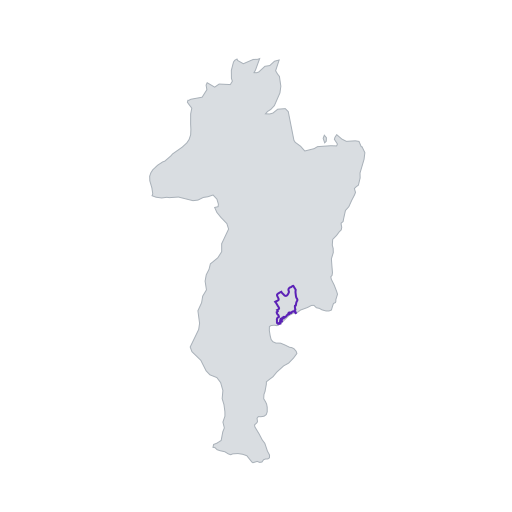 Kim Jong Suk, Ryanggang, North Korea (highlighted), rotated 142°
{"feature_id": "82179303B38572973441712", "entity_name": "Kim Jong Suk", "entity_type": "district", "adm_level": 2, "iso_a3": "PRK", "parent_name": "North Korea", "parent_adm1": "Ryanggang", "projection": "orthographic", "projection_center": [127.758, 41.268], "detail": "fine", "context": "in_parent", "style": "outline", "palette": "violet", "viewbox_px": 512, "rotation_deg": 142, "n_neighbors": 0, "source": "geoboundaries", "source_scale": "gbopen_adm2", "svg_char_len": 6506}
<svg xmlns="http://www.w3.org/2000/svg" viewBox="0 0 512 512"><g transform="rotate(142 256 256)"><path d="M300.8,367.5L299.1,368.5L296.1,373.8L293.4,380.6L290.7,384.3L287.6,386.3L284.2,387.5L277.6,388.1L271.6,387.6L269.6,386.9L261.3,387.3L259.0,387.8L247.1,387.2L240.9,387.7L237.0,389.0L232.9,391.7L229.4,395.8L226.3,400.2L220.0,408.2L215.6,412.0L215.5,417.7L215.4,419.4L213.8,420.6L213.3,420.1L210.8,419.6L200.7,414.3L192.3,417.3L190.1,421.4L187.8,422.6L184.6,414.5L179.2,414.2L170.7,406.9L167.0,408.3L166.0,411.1L161.1,417.5L154.3,422.7L152.2,423.3L149.7,422.9L150.1,421.4L147.6,415.3L137.2,412.6L133.5,409.9L131.6,409.3L142.0,402.8L144.7,401.7L142.8,400.1L140.6,399.3L132.2,400.0L127.9,397.6L121.5,398.1L117.1,396.2L126.5,389.9L127.0,386.1L127.0,383.1L131.9,374.5L136.7,369.8L148.9,363.2L154.1,362.4L157.9,362.8L161.0,362.2L157.8,359.5L154.7,358.2L148.5,358.3L142.2,354.1L141.7,349.9L154.9,323.8L155.1,321.4L153.3,315.0L152.9,308.7L144.1,304.8L140.2,304.3L129.1,296.8L124.7,293.1L122.9,294.1L122.4,299.7L120.7,300.9L117.7,301.9L116.4,295.4L114.2,290.7L106.8,285.6L104.3,282.9L105.8,277.3L105.2,276.8L106.6,270.4L111.3,265.7L122.9,257.4L125.9,253.4L131.7,248.8L134.2,248.9L136.9,248.6L137.8,246.5L138.4,244.9L140.7,243.5L146.2,241.0L152.5,237.7L157.5,236.8L163.7,231.7L166.2,229.5L168.7,229.5L169.4,228.5L170.8,225.8L172.8,224.1L175.5,223.8L179.9,222.6L185.3,221.9L189.2,217.6L190.5,214.5L193.0,211.1L198.3,207.4L202.0,201.9L206.0,195.8L208.0,193.9L209.8,193.6L211.0,191.3L212.3,184.9L214.2,178.6L215.3,175.7L219.9,172.5L221.1,171.0L222.1,170.4L224.2,170.9L227.1,169.0L229.8,167.0L232.2,167.7L234.6,169.5L237.2,173.0L238.3,175.7L240.3,178.1L240.7,181.4L242.7,182.9L247.1,183.7L254.2,186.0L258.8,186.1L261.4,187.9L266.9,188.8L277.9,187.5L282.4,188.2L284.3,190.3L287.1,192.0L288.9,192.1L291.3,189.2L293.9,184.5L295.5,180.9L295.5,178.1L293.9,175.1L290.3,172.2L287.9,167.9L285.7,163.3L284.3,161.9L283.2,159.7L283.0,156.3L283.8,154.0L289.2,152.5L296.2,151.5L301.8,152.4L311.2,151.7L317.0,150.4L321.2,150.5L325.2,150.5L326.9,148.5L332.3,143.7L335.0,142.0L337.8,138.8L338.2,135.5L338.8,132.8L340.3,129.9L343.1,126.3L345.6,124.7L348.3,124.8L351.2,126.4L353.0,128.0L355.1,127.5L356.7,124.7L357.8,124.1L361.1,123.8L362.1,122.1L363.1,113.9L364.3,107.4L364.4,102.9L367.1,95.3L367.9,90.8L369.6,88.7L371.6,88.8L373.3,90.1L375.4,90.8L378.2,90.0L380.2,91.1L381.5,93.4L385.7,95.0L386.1,96.2L386.2,104.3L388.6,108.0L391.8,111.4L396.1,114.4L398.3,115.0L399.7,117.2L401.1,121.0L404.2,124.7L405.9,127.3L406.3,130.2L407.7,131.7L405.4,133.6L402.2,132.6L397.0,132.1L390.4,137.9L386.8,140.0L384.3,145.5L379.1,148.9L376.4,152.4L372.8,158.5L370.5,164.4L364.9,170.4L361.8,178.0L361.7,184.3L365.5,190.8L366.0,196.3L363.7,207.8L365.4,220.0L363.9,224.8L346.4,233.4L341.9,237.7L335.5,248.6L327.6,252.7L322.7,257.2L315.9,259.8L311.6,267.5L306.8,271.8L301.1,274.5L296.8,277.9L287.2,278.1L280.4,280.5L275.5,286.8L261.0,294.1L259.0,299.5L259.9,308.0L260.0,314.4L258.7,319.7L255.5,318.2L253.7,320.0L251.8,324.9L252.3,330.5L257.4,332.3L261.5,334.6L267.3,335.8L271.6,338.4L280.8,350.2L288.3,355.3L290.2,357.2L294.6,359.8L298.6,363.9L300.8,367.5ZM130.6,307.4L127.8,309.1L127.7,305.8L130.0,303.2L132.2,302.9L130.6,307.4Z" fill="#d9dde1" stroke="#a8b0b8" stroke-width="1"/><path d="M245.0,209.5L245.5,209.8L246.6,209.9L247.2,209.8L247.5,209.9L248.2,210.1L248.5,210.3L249.5,210.3L250.4,210.1L251.1,209.6L251.5,209.0L251.7,208.7L251.8,208.3L251.8,208.0L252.0,207.7L252.2,207.4L252.5,207.1L253.5,206.6L254.4,206.2L255.4,205.9L256.1,205.9L256.4,205.9L257.0,206.2L257.3,206.4L257.5,206.7L257.7,207.0L257.9,207.7L257.9,208.7L258.1,209.6L258.2,210.9L258.2,211.2L258.2,211.9L258.1,212.2L258.8,212.4L260.1,212.6L261.8,212.8L262.4,212.8L263.1,212.6L263.4,212.4L263.6,212.1L263.9,211.4L264.5,208.6L264.6,208.3L264.8,208.0L265.0,207.7L265.3,207.5L265.7,207.5L266.7,207.5L267.9,207.9L269.1,208.1L269.1,205.9L269.3,205.4L269.4,204.5L269.4,204.0L269.6,203.2L269.6,202.1L269.9,200.7L270.6,200.2L271.6,200.2L272.6,200.4L272.6,199.7L272.9,199.0L274.3,199.0L274.6,198.5L274.9,197.6L275.0,196.8L274.8,195.8L275.0,194.9L275.4,193.9L276.1,194.0L277.3,194.0L277.6,193.9L278.6,193.2L278.9,192.7L279.4,192.0L280.0,191.3L280.6,190.4L280.6,190.2L280.6,189.9L280.6,189.6L280.6,189.4L280.4,189.2L280.1,189.1L279.9,189.1L279.7,189.1L279.4,189.1L279.2,189.1L278.9,188.9L279.0,188.7L279.2,188.4L278.8,188.4L278.7,188.4L278.6,188.2L278.6,187.9L278.4,187.8L278.3,188.0L278.3,188.3L278.3,188.5L278.2,188.7L278.0,188.8L277.9,188.9L277.8,189.0L277.7,189.0L277.5,189.3L277.4,189.4L277.4,189.5L277.2,189.7L277.0,189.3L276.9,189.2L276.7,189.2L276.7,189.3L276.4,189.4L276.2,189.2L276.1,188.9L276.3,188.7L276.2,188.5L275.9,188.5L275.7,188.6L275.6,188.8L275.5,189.0L275.5,189.3L275.5,189.5L275.6,189.8L275.6,190.0L275.5,190.3L275.4,190.4L275.4,190.5L275.5,190.6L275.6,190.8L275.7,191.0L275.3,191.3L275.2,191.3L275.0,191.2L274.9,191.1L274.8,190.9L274.7,190.7L274.6,190.4L274.5,190.2L274.4,190.1L274.2,190.1L273.8,190.1L273.7,190.2L273.6,190.3L273.6,190.6L273.7,190.8L273.6,191.0L273.4,191.1L273.2,190.9L273.1,190.6L273.0,190.4L272.9,190.2L272.7,190.0L272.5,189.9L272.4,189.9L272.2,190.0L271.9,190.1L271.8,190.3L271.7,190.5L271.7,190.8L271.8,191.0L271.7,191.0L271.4,190.7L271.4,190.3L271.4,190.2L271.2,189.9L270.8,189.9L270.8,190.0L270.7,190.1L270.4,190.1L270.2,189.9L269.8,189.8L269.3,189.8L269.2,189.9L268.9,190.0L268.6,190.1L268.4,190.3L268.2,190.3L267.8,190.3L267.6,190.3L267.5,190.2L267.4,190.2L267.2,190.2L266.9,190.0L266.7,190.0L266.4,190.1L266.3,190.3L266.2,190.4L266.2,190.5L265.9,190.5L265.8,190.4L265.7,190.2L265.5,189.9L265.4,189.9L265.3,189.7L265.2,189.7L265.0,189.8L264.9,189.9L265.0,190.0L265.1,190.3L265.4,190.6L265.5,190.7L265.5,190.8L265.5,191.0L265.4,191.1L265.2,191.1L264.9,191.1L264.7,191.1L264.4,190.9L264.2,190.7L263.9,190.5L263.7,190.1L263.6,189.8L263.4,189.5L263.3,189.4L263.2,189.4L263.1,189.5L262.8,189.6L262.7,189.6L262.4,189.7L262.3,189.8L262.2,189.8L261.9,189.8L261.7,189.7L261.3,189.7L261.0,189.6L260.9,189.5L260.7,189.4L260.4,189.2L260.3,188.9L260.2,188.8L260.1,188.7L260.0,188.4L259.9,188.4L259.8,188.2L259.8,187.8L259.8,187.6L259.8,187.3L259.8,187.2L260.0,186.8L260.0,186.7L259.9,186.7L259.6,186.6L259.4,187.2L259.3,187.5L259.5,188.0L259.3,188.7L258.9,189.4L258.1,189.4L257.8,189.9L257.4,190.8L256.6,192.1L255.9,192.8L255.1,192.5L253.8,193.7L252.9,194.5L251.9,195.1L251.0,195.4L250.4,195.9L250.0,196.9L250.0,197.6L249.7,198.8L249.0,200.2L247.1,203.3L245.5,205.0L245.4,205.9L245.3,206.9L245.0,209.5Z" fill="none" stroke="#5b21b6" stroke-width="2"/></g></svg>